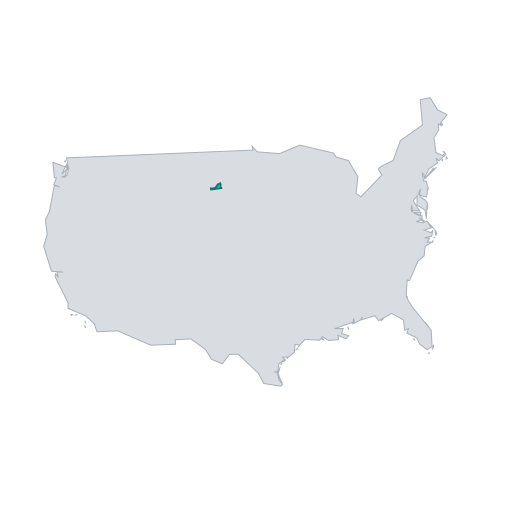 Sioux, North Dakota, United States of America shown in context, rotated 352°
{"feature_id": "52423323B40893510468024", "entity_name": "Sioux", "entity_type": "district", "adm_level": 2, "iso_a3": "USA", "parent_name": "United States of America", "parent_adm1": "North Dakota", "projection": "orthographic", "projection_center": [-101.23, 46.186], "detail": "fine", "context": "in_parent", "style": "filled", "palette": "teal", "viewbox_px": 512, "rotation_deg": 352, "n_neighbors": 0, "source": "geoboundaries", "source_scale": "gbopen_adm2", "svg_char_len": 5139}
<svg xmlns="http://www.w3.org/2000/svg" viewBox="0 0 512 512"><g transform="rotate(352 256 256)"><path d="M415.0,161.8L439.0,149.5L440.4,124.0L450.5,123.6L456.2,136.5L464.9,142.7L457.1,150.1L457.6,152.7L454.9,150.4L454.6,156.6L448.8,163.3L448.5,178.5L454.7,182.4L457.3,180.5L455.6,178.3L456.9,179.1L458.2,181.7L450.6,187.1L448.1,184.7L448.6,189.1L439.3,193.9L433.6,202.0L433.5,198.7L432.2,197.0L432.3,204.9L434.8,205.4L435.9,211.7L433.1,221.3L426.4,218.4L428.2,212.4L425.5,217.0L428.5,222.0L431.6,224.3L433.0,227.6L429.9,242.5L429.7,233.9L422.6,228.1L423.8,219.0L419.4,223.1L424.3,234.3L418.4,232.4L416.8,233.3L417.4,229.1L417.0,228.0L416.1,231.5L416.6,234.0L425.4,236.0L424.3,238.7L419.8,235.7L418.3,235.4L423.9,239.0L426.0,239.3L425.6,242.6L422.7,241.1L427.5,244.4L426.8,245.3L424.4,243.6L419.5,244.1L426.4,246.5L430.0,245.1L436.5,254.6L431.1,247.4L433.5,252.5L426.2,253.7L432.6,257.3L434.7,255.0L432.8,260.9L425.6,261.4L430.4,262.6L427.4,266.2L432.0,266.6L424.7,270.2L422.5,279.3L415.7,283.6L404.5,301.8L402.4,300.7L399.4,315.2L399.5,318.5L403.5,327.9L419.1,354.0L417.8,370.2L412.4,372.6L405.8,365.9L403.7,359.3L394.7,353.4L396.8,349.2L393.0,350.3L393.0,339.8L382.4,331.7L368.6,337.2L365.3,331.7L351.3,333.8L352.8,331.2L350.6,333.9L344.4,336.1L343.8,331.5L343.1,335.0L323.8,338.8L332.3,339.9L329.9,344.6L336.6,347.8L333.7,350.5L326.1,346.0L326.1,350.3L316.2,349.8L310.4,345.0L307.3,348.2L292.8,345.4L284.9,352.1L286.9,350.3L282.4,349.1L280.5,356.7L272.0,362.0L273.9,360.4L268.2,360.0L270.3,362.4L263.6,365.9L261.3,374.1L258.2,372.9L260.9,375.0L261.6,382.4L264.5,386.7L262.5,388.4L246.0,383.3L242.1,372.6L224.8,350.9L216.1,349.6L207.7,358.1L197.4,352.0L193.1,341.7L179.9,329.0L164.4,327.7L164.0,332.2L139.1,329.6L108.7,310.9L88.0,308.9L86.4,300.6L78.9,291.5L62.5,281.7L63.4,276.3L54.1,248.2L55.1,245.7L57.3,249.7L56.6,243.9L62.8,245.1L51.3,242.6L47.1,217.0L52.2,205.5L52.5,190.9L57.7,183.0L66.1,158.0L71.0,160.2L65.7,157.2L69.2,150.8L67.2,150.3L67.9,135.0L79.6,141.1L75.1,148.0L80.5,143.7L78.5,149.9L75.1,150.7L77.2,151.5L80.2,149.6L82.7,143.3L82.0,132.5L267.7,150.7L267.4,146.8L271.6,153.0L293.6,157.9L314.7,152.3L347.0,164.8L349.2,169.2L360.8,174.4L367.9,191.7L363.8,208.0L368.2,211.9L391.9,193.4L389.2,187.0L391.2,185.2L405.1,180.4L415.0,161.8ZM443.1,195.7L447.1,193.3L433.6,203.2L444.2,193.4L443.1,195.7ZM81.2,138.9L81.8,143.4L81.5,144.0L80.1,140.3L81.2,138.9ZM264.2,385.5L261.8,379.1L261.8,375.4L262.3,379.2L264.2,385.5ZM458.3,150.1L459.0,152.2L458.2,152.0L458.3,150.1ZM310.7,346.9L311.2,348.4L309.5,347.4L310.7,346.9ZM68.1,289.5L70.2,289.2L70.4,289.4L68.1,289.5ZM66.1,288.4L65.1,289.3L64.6,288.2L66.1,288.4ZM454.5,185.8L453.8,187.6L453.4,187.4L454.5,185.8ZM263.0,371.9L261.8,374.9L264.6,369.0L263.0,371.9ZM414.4,345.3L417.3,350.5L413.9,344.9L414.4,345.3ZM77.6,296.9L78.2,298.7L77.5,297.0L77.6,296.9ZM418.9,370.8L417.4,373.1L419.7,368.5L418.9,370.8ZM438.0,258.1L436.9,260.9L436.8,255.0L438.0,258.1ZM80.4,135.1L80.1,136.3L79.6,135.5L80.4,135.1ZM270.4,363.6L267.3,365.1L270.5,363.1L270.4,363.6ZM458.5,184.7L459.0,186.2L457.6,186.4L458.5,184.7ZM76.8,301.3L77.2,303.4L76.5,301.4L76.8,301.3ZM266.6,366.3L265.3,367.1L266.4,365.8L266.6,366.3ZM433.0,230.3L432.1,234.0L432.9,229.1L433.0,230.3ZM284.0,353.5L282.1,354.8L284.9,352.6L284.0,353.5ZM400.0,316.7L400.1,319.2L399.6,317.5L400.0,316.7ZM432.8,266.8L432.3,267.4L433.6,265.0L432.8,266.8ZM373.6,335.6L371.5,337.3L370.5,337.3L373.6,335.6ZM343.4,335.9L343.1,336.4L341.7,336.5L343.4,335.9ZM401.2,360.2L401.7,361.8L400.7,360.0L401.2,360.2ZM337.6,340.2L337.4,341.9L337.0,339.1L337.6,340.2ZM414.1,376.2L412.8,376.7L414.6,375.8L414.1,376.2ZM435.9,212.9L435.5,214.7L435.9,212.2L435.9,212.9ZM435.6,261.8L435.0,262.6L434.8,262.6L435.6,261.8Z" fill="#d9dde1" stroke="#a8b0b8" stroke-width="1"/><path d="M220.6,184.1L220.8,184.1L221.4,184.1L221.7,184.1L221.8,184.1L222.1,184.1L222.3,184.1L222.5,184.1L222.9,184.1L223.1,184.1L223.3,184.1L223.8,184.1L224.8,184.1L225.1,184.1L225.4,184.1L225.6,184.1L225.8,184.1L226.2,184.1L226.4,184.1L226.5,184.1L226.8,184.1L227.1,184.1L228.0,184.1L228.3,184.1L228.6,184.1L229.5,184.1L229.9,184.1L230.4,184.1L230.5,184.1L231.4,184.1L231.4,183.9L231.2,183.5L231.0,183.4L230.7,183.0L230.6,182.8L230.6,182.3L230.5,182.2L230.6,181.7L230.8,181.5L230.9,181.3L231.0,181.1L231.0,180.9L230.9,180.7L231.0,180.3L231.1,180.1L231.1,179.7L230.8,179.0L230.7,179.1L230.2,179.3L230.1,179.2L230.0,179.4L229.9,179.4L229.8,179.6L229.8,179.4L229.5,179.4L229.2,179.5L228.9,179.4L228.8,179.5L228.7,179.4L228.4,179.4L228.3,179.6L228.3,179.9L228.1,179.9L228.1,180.0L227.9,180.2L227.7,180.2L227.7,180.4L227.6,180.6L227.4,180.7L227.2,180.7L227.2,180.8L227.0,181.0L226.8,181.4L226.6,181.4L226.6,181.5L226.4,181.6L226.5,182.0L226.3,181.9L226.2,182.1L225.7,182.1L225.7,182.4L225.2,182.8L225.0,182.7L224.9,182.8L224.7,182.9L224.5,183.0L224.3,183.0L224.2,183.1L224.3,183.2L224.1,183.3L224.0,183.2L224.0,183.3L223.8,183.5L223.7,183.3L223.4,183.3L223.3,183.1L223.2,183.1L223.2,183.4L222.6,183.3L222.5,183.1L222.4,183.2L222.2,183.1L221.9,183.1L221.7,183.2L221.7,182.8L221.4,182.8L221.1,182.8L220.8,183.0L220.7,183.0L220.6,182.9L220.6,184.1Z" fill="#14b8a6" stroke="#0f766e" stroke-width="1.5"/></g></svg>